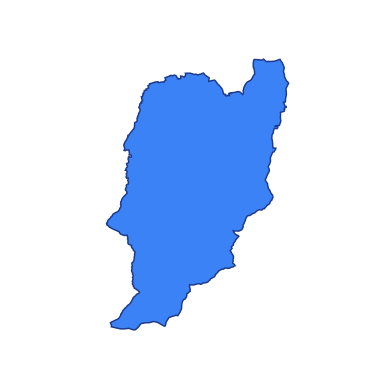 Crasna, Gorj, Romania, rotated 197°
{"feature_id": "2599482B71276356252313", "entity_name": "Crasna", "entity_type": "district", "adm_level": 2, "iso_a3": "ROU", "parent_name": "Romania", "parent_adm1": "Gorj", "projection": "natural_earth1", "projection_center": [23.564, 45.231], "detail": "fine", "context": "isolated", "style": "filled", "palette": "blue", "viewbox_px": 384, "rotation_deg": 197, "n_neighbors": 0, "source": "geoboundaries", "source_scale": "gbopen_adm2", "svg_char_len": 6092}
<svg xmlns="http://www.w3.org/2000/svg" viewBox="0 0 384 384"><g transform="rotate(197 192 192)"><path d="M145.5,343.3L146.4,344.5L147.4,344.2L149.2,342.6L151.8,341.0L155.5,339.6L157.8,339.1L158.3,338.6L159.8,338.6L161.0,339.4L162.4,340.0L163.3,338.7L164.0,338.6L164.8,338.2L166.2,338.2L171.3,336.9L171.4,335.4L171.2,333.6L169.9,329.3L168.1,327.1L166.5,323.0L167.1,322.0L168.2,316.5L171.4,313.1L172.3,310.9L172.9,307.4L172.7,303.8L171.7,301.7L172.0,300.1L175.6,301.7L177.4,301.5L180.5,299.6L184.3,298.0L183.9,297.5L185.5,297.0L185.4,296.4L184.9,296.1L184.9,295.4L184.6,295.1L187.0,294.6L186.9,294.1L188.2,294.0L188.8,295.2L190.6,295.0L192.6,298.5L193.8,299.7L197.5,302.2L198.6,302.5L202.3,305.3L203.1,305.6L205.9,304.2L208.3,302.6L208.6,303.2L208.9,306.2L213.4,307.5L215.8,309.1L217.4,308.1L218.1,307.1L219.1,306.8L220.6,305.6L222.5,305.9L224.5,305.0L228.5,305.1L233.0,303.6L232.5,303.0L232.3,300.7L233.0,300.3L233.0,299.7L233.3,299.6L234.6,299.8L236.8,299.6L236.0,297.1L236.9,296.6L238.0,296.7L238.4,296.0L240.1,297.2L240.7,298.3L242.2,298.7L242.9,298.7L244.8,297.3L245.2,297.6L246.7,297.1L247.6,296.1L251.2,293.4L250.2,291.8L249.6,291.4L251.0,289.7L250.8,289.0L253.5,288.2L255.4,287.0L256.3,286.8L256.5,287.4L256.9,287.4L259.8,286.2L259.9,285.9L264.1,283.1L263.7,282.6L265.2,280.6L263.9,278.8L266.1,276.8L265.4,276.1L267.3,275.1L267.0,273.8L267.3,272.8L267.0,272.0L267.0,271.6L267.6,271.6L267.2,270.2L267.4,270.0L267.3,268.7L267.4,268.3L268.2,268.2L267.4,266.8L267.3,266.2L266.3,265.6L265.9,264.6L266.6,264.1L267.0,263.0L266.5,262.7L267.0,262.5L266.7,261.8L267.6,261.1L267.3,258.6L267.5,258.1L267.5,257.2L267.0,256.8L266.3,256.7L265.6,255.1L265.4,253.8L265.7,252.8L265.6,252.2L266.0,251.7L265.7,250.5L266.1,248.3L265.9,246.8L266.1,246.5L265.3,244.0L265.5,243.2L267.0,241.6L266.9,240.5L266.1,238.1L266.1,235.7L268.6,229.4L268.6,228.5L269.6,227.7L269.4,227.2L269.8,227.0L269.7,226.3L269.4,226.1L269.4,225.4L269.7,224.7L269.8,222.8L270.5,221.6L270.6,220.0L270.9,219.1L271.0,217.0L268.9,213.6L269.1,211.9L267.7,212.1L266.7,213.1L264.5,213.7L264.1,212.5L263.1,210.8L263.0,209.2L261.5,209.6L260.4,208.7L260.2,208.0L260.4,207.5L261.3,207.2L262.5,207.5L263.0,206.5L262.7,205.5L262.8,204.9L261.5,202.8L261.2,201.8L261.5,201.1L262.7,200.3L262.9,200.0L262.1,198.7L261.6,198.4L261.1,197.3L261.7,196.0L262.1,193.3L261.0,193.5L260.4,193.1L259.7,191.4L260.2,190.3L259.3,188.5L259.4,187.0L259.2,186.7L258.4,186.1L257.6,187.0L257.2,186.9L256.8,185.3L256.8,184.2L255.7,183.0L255.6,182.0L255.2,181.4L255.3,180.9L256.5,180.1L256.8,179.2L256.1,177.6L256.4,176.4L256.4,174.7L254.8,173.6L253.7,171.9L254.0,171.7L254.5,170.2L256.0,167.6L256.9,164.9L256.9,163.0L257.2,161.8L256.7,159.3L256.0,158.6L255.8,156.8L255.8,156.1L256.2,155.6L256.4,153.0L257.6,151.1L259.7,149.4L261.2,147.4L261.3,145.9L262.2,144.6L262.6,142.9L264.1,140.3L264.1,138.7L264.6,137.2L264.4,136.8L263.7,136.7L263.8,135.8L263.6,135.5L262.1,135.2L260.6,134.2L259.5,134.3L258.5,133.7L250.2,132.7L249.0,131.5L247.7,130.8L243.9,130.6L242.1,131.6L241.3,131.7L240.9,130.6L239.9,129.7L240.0,128.2L239.3,127.8L238.4,124.6L237.9,123.8L236.9,123.5L234.3,123.3L234.1,122.2L233.2,121.1L231.6,120.2L230.8,118.9L229.5,118.5L228.6,117.5L228.9,116.1L228.3,114.6L228.3,113.5L227.5,110.1L227.9,108.0L228.1,107.2L228.7,106.7L228.7,106.2L227.6,104.1L227.8,102.6L226.8,101.3L227.0,100.2L226.7,99.2L226.4,98.9L226.4,98.4L225.0,97.1L225.0,96.3L224.1,95.5L223.6,94.2L224.0,93.0L223.0,91.8L222.9,88.8L222.0,88.0L222.2,87.3L221.9,86.3L220.7,85.6L220.4,84.5L219.4,83.9L218.9,83.1L217.1,82.9L216.5,82.3L215.6,82.5L212.8,80.8L213.4,79.2L214.9,78.2L216.0,75.7L217.0,74.5L217.5,73.0L217.4,72.1L218.1,69.3L218.0,69.0L218.8,66.9L219.3,65.8L220.4,64.7L221.1,62.8L222.3,61.0L222.7,59.7L223.4,58.5L223.5,56.8L223.8,56.4L223.7,55.5L224.4,54.4L224.1,53.3L224.2,52.7L225.1,49.8L225.4,49.2L231.8,43.3L229.9,40.6L229.7,39.5L220.5,40.2L216.3,41.5L212.4,43.2L208.7,43.0L206.5,43.3L205.4,44.4L203.8,47.2L202.2,51.4L198.5,53.2L194.1,54.8L191.0,56.9L187.1,57.3L179.2,55.6L178.4,56.3L178.7,60.3L177.3,65.3L171.4,69.4L169.5,69.6L168.3,73.6L167.9,77.2L169.0,81.8L169.1,84.8L168.8,85.9L168.1,87.1L167.3,87.7L166.7,89.9L166.7,91.4L167.2,93.4L165.8,94.7L165.2,96.2L164.7,96.6L165.4,98.6L166.7,100.9L167.2,102.7L163.6,103.4L160.5,105.4L158.4,106.4L156.6,106.3L155.9,106.7L155.0,108.1L152.1,109.3L151.6,110.0L150.6,110.5L149.8,112.3L149.1,113.2L148.8,114.5L145.8,117.5L145.3,119.1L145.5,120.1L144.9,120.7L143.1,124.7L140.6,127.2L139.2,127.5L138.1,129.1L135.4,129.5L134.1,129.9L132.2,131.7L130.7,132.4L130.1,133.6L129.3,134.1L130.1,135.0L132.2,135.9L132.5,136.2L132.4,137.9L133.1,139.3L133.1,141.4L133.6,142.6L134.7,143.9L136.5,145.3L137.0,146.1L138.4,147.0L138.2,147.6L137.6,148.5L137.5,149.4L137.2,149.9L138.2,150.8L138.2,151.5L137.0,153.1L136.9,153.7L137.4,154.7L136.3,157.6L136.2,159.1L134.3,163.3L135.0,163.8L135.3,163.6L136.0,163.9L136.5,163.7L139.4,165.0L141.2,167.0L140.1,167.1L135.7,168.4L133.6,170.2L133.0,171.7L132.9,173.4L133.5,175.6L133.0,177.0L133.1,178.4L132.7,180.0L132.8,182.2L132.2,185.0L131.6,185.7L129.8,186.5L127.5,189.2L126.0,190.3L124.1,193.3L122.9,194.6L120.2,195.1L119.6,195.6L119.1,196.9L117.9,197.2L116.4,200.9L114.3,203.6L114.5,204.5L114.0,206.5L113.3,207.5L113.3,209.4L113.0,210.4L113.5,211.7L114.2,212.6L116.4,214.2L118.2,216.5L119.9,217.6L121.7,220.7L122.3,222.2L124.1,223.4L125.6,225.3L125.2,226.9L125.0,230.3L124.3,233.7L124.3,234.8L124.6,236.0L126.1,237.8L126.5,238.8L125.9,241.7L125.9,244.3L127.0,247.5L127.0,248.8L126.5,253.5L125.3,254.4L124.6,257.3L124.6,258.4L127.5,257.8L129.9,264.0L131.5,267.0L132.1,270.0L131.6,272.1L132.0,274.9L131.9,276.9L129.3,277.4L128.9,278.2L128.9,279.4L129.4,279.8L131.6,279.1L131.6,279.6L129.2,280.0L129.3,280.4L129.7,280.5L127.9,281.2L127.8,285.8L129.2,288.9L130.1,292.5L130.8,294.0L127.7,295.9L127.4,296.3L127.6,298.1L128.2,298.3L128.2,299.0L126.6,300.6L127.0,301.4L128.1,301.0L129.1,302.7L130.8,304.6L129.0,305.5L130.0,309.3L129.9,309.9L130.3,313.1L132.4,318.4L131.4,324.3L132.9,325.4L134.4,326.1L137.1,329.1L138.0,331.3L139.8,334.0L140.1,337.9L143.6,342.1L145.5,343.3Z" fill="#3b82f6" stroke="#1e3a8a" stroke-width="1.5"/></g></svg>